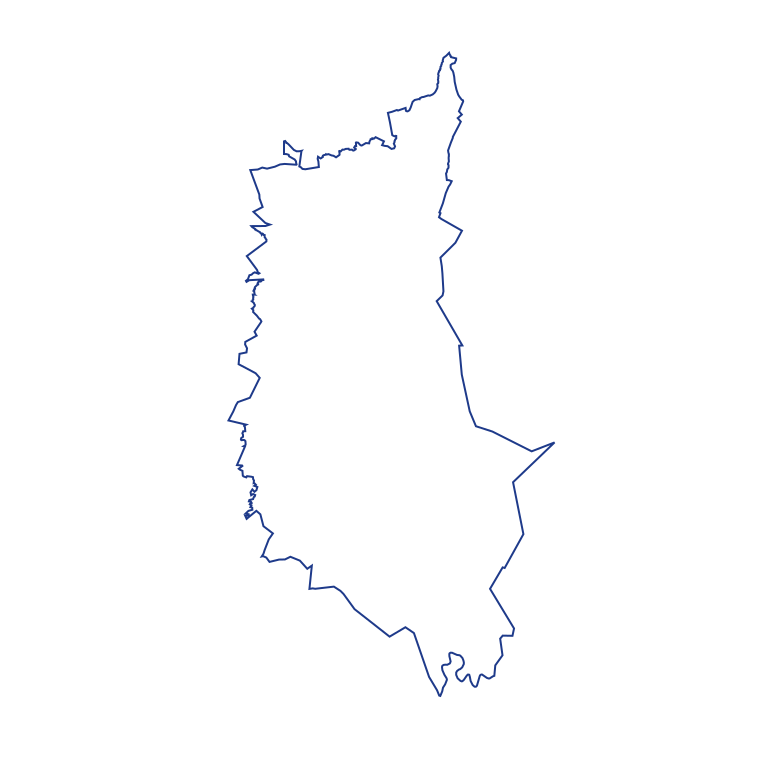 outline of Mochitlán, Guerrero, Mexico, rotated 351°
{"feature_id": "50627088B81925526964077", "entity_name": "Mochitlán", "entity_type": "district", "adm_level": 2, "iso_a3": "MEX", "parent_name": "Mexico", "parent_adm1": "Guerrero", "projection": "natural_earth1", "projection_center": [-99.379, 17.343], "detail": "fine", "context": "isolated", "style": "outline", "palette": "blue", "viewbox_px": 768, "rotation_deg": 351, "n_neighbors": 0, "source": "geoboundaries", "source_scale": "gbopen_adm2", "svg_char_len": 6122}
<svg xmlns="http://www.w3.org/2000/svg" viewBox="0 0 768 768"><g transform="rotate(351 384 384)"><path d="M506.2,73.7L501.4,71.7L501.5,71.1L500.9,70.5L501.0,69.8L500.4,68.9L500.1,67.1L496.9,69.5L493.8,71.1L492.6,73.6L492.7,74.6L491.3,76.0L491.0,77.3L490.4,77.9L490.3,78.8L489.4,79.6L489.1,81.6L488.4,81.9L488.3,83.0L487.2,83.6L486.9,84.8L486.4,85.3L485.9,86.7L486.2,87.9L485.5,89.6L485.4,90.8L484.9,91.6L485.0,93.6L484.7,94.3L484.8,94.7L484.6,95.3L483.5,96.2L483.5,98.3L482.9,100.1L480.7,103.1L479.5,104.3L477.4,105.6L474.4,106.4L472.8,105.9L467.9,106.7L466.5,106.6L464.2,107.3L463.7,108.3L463.0,108.0L458.7,108.3L456.4,109.8L453.6,115.1L451.9,117.6L450.0,118.4L449.4,118.3L448.4,117.6L448.5,114.7L440.6,116.1L439.6,115.4L434.5,116.4L430.3,116.8L430.8,126.4L431.1,139.5L432.1,140.3L433.5,141.1L434.5,141.0L435.0,140.1L434.5,143.4L433.2,144.4L432.7,145.5L432.3,145.8L432.3,146.5L432.0,147.2L431.3,148.1L432.1,151.0L430.9,152.8L428.2,153.0L424.8,149.7L421.9,148.9L419.5,147.8L421.9,144.3L414.3,138.9L412.7,140.0L411.0,139.5L410.9,140.3L409.1,140.1L408.8,140.8L407.6,142.2L407.0,144.0L403.8,143.2L399.6,144.9L398.8,144.9L397.9,144.2L396.2,141.6L394.3,141.0L394.0,141.2L393.7,144.7L392.5,144.5L391.5,145.8L392.9,147.5L392.7,147.8L390.6,148.7L389.7,148.4L389.0,147.5L386.7,147.3L386.2,147.0L385.9,146.1L382.9,145.8L381.2,146.3L379.6,146.0L377.6,147.5L376.6,146.9L376.2,147.0L376.1,150.1L375.8,150.8L372.1,152.6L369.9,150.7L367.9,150.0L365.2,148.3L363.1,148.4L362.6,147.9L362.0,148.4L360.0,148.6L359.3,149.0L359.1,150.2L358.4,150.3L357.7,151.0L356.6,151.3L354.4,149.2L353.7,151.2L354.0,154.0L353.6,159.5L339.9,159.6L337.1,158.8L335.8,156.9L334.4,155.9L338.9,141.0L339.1,140.8L337.2,140.9L334.1,140.5L331.6,138.7L327.2,132.3L325.9,130.8L325.3,130.7L325.2,130.0L324.4,128.5L323.2,128.7L321.2,141.2L323.7,141.7L325.7,142.7L325.9,144.3L330.9,148.3L331.9,150.3L331.8,151.8L332.0,153.5L331.7,153.7L320.3,151.1L315.7,150.9L310.2,152.3L302.2,153.0L297.6,151.2L292.9,152.4L285.4,151.8L290.5,177.4L290.1,181.3L291.8,190.2L282.0,193.5L292.0,206.4L296.3,208.7L291.6,209.4L277.7,207.3L278.3,208.3L280.5,210.3L280.9,211.2L281.3,211.1L281.8,212.1L282.2,212.2L284.3,214.0L285.1,214.4L285.5,215.5L286.4,216.4L286.5,216.9L286.9,216.2L287.5,216.4L288.1,217.0L288.2,217.9L289.4,218.2L289.1,220.5L289.7,221.2L289.8,222.0L290.5,223.0L290.1,224.8L268.5,236.2L275.4,249.4L276.5,251.6L276.8,253.8L278.2,255.1L277.3,255.5L273.8,253.5L272.0,254.1L270.3,255.3L268.1,255.5L266.0,259.2L263.8,260.5L264.2,261.6L267.2,260.4L281.1,261.8L281.1,262.4L279.7,262.4L278.6,263.4L277.5,263.5L276.9,263.0L276.1,263.3L274.9,264.7L274.8,265.1L275.4,265.7L275.3,266.0L274.4,266.2L271.7,268.1L271.4,268.6L271.6,269.6L271.3,270.0L270.8,269.9L269.7,271.5L270.4,271.8L270.2,272.7L270.3,274.5L269.9,275.3L270.1,275.5L268.4,275.2L268.4,276.5L268.7,277.6L268.1,278.6L268.2,279.7L268.0,280.2L267.2,280.7L267.1,281.9L266.7,281.9L268.1,283.5L268.1,284.0L268.8,285.7L268.5,286.7L266.9,288.0L266.8,288.4L265.3,288.9L266.5,290.7L266.0,292.4L269.1,296.6L270.9,299.9L271.8,300.6L272.7,303.0L272.0,303.9L264.3,312.1L265.8,316.3L253.6,320.7L253.0,323.2L254.3,327.3L253.1,331.3L246.0,331.6L243.5,341.7L258.9,353.3L262.2,358.5L249.4,376.6L236.8,379.0L234.6,381.6L230.8,387.6L224.7,395.7L241.5,402.6L239.6,403.2L239.8,403.5L239.4,404.0L239.9,404.7L239.6,408.9L237.5,408.7L237.2,409.5L236.4,410.4L236.8,412.1L236.5,414.1L234.6,415.0L234.1,416.0L234.0,416.6L234.4,417.2L236.8,417.3L237.5,417.7L238.2,418.8L237.9,422.0L237.3,422.9L235.7,423.5L236.9,424.0L226.1,441.1L231.1,442.3L231.3,442.8L227.3,445.0L228.3,446.1L230.6,447.6L230.2,452.5L230.8,453.3L233.4,454.7L234.3,453.6L238.4,454.8L240.0,455.5L239.9,457.7L240.5,458.9L239.8,461.4L240.2,461.3L241.7,463.5L240.0,464.3L242.8,465.9L241.4,468.9L239.2,470.2L237.5,467.5L235.2,470.1L235.4,473.1L237.5,472.2L239.4,473.5L238.7,474.9L237.7,475.3L236.7,477.2L232.9,477.5L232.2,478.8L234.2,479.5L234.7,480.8L233.1,481.3L232.6,481.9L234.1,483.1L232.8,484.7L234.5,485.5L234.3,487.6L230.3,488.1L227.1,490.3L230.0,491.5L229.8,492.5L226.9,492.7L226.3,492.4L227.2,495.7L238.1,489.3L241.5,493.4L242.7,505.6L250.9,514.2L245.9,519.4L240.1,529.4L238.4,532.8L236.3,535.2L237.6,535.1L240.6,537.0L243.1,541.8L252.9,541.0L258.7,541.8L264.5,540.0L273.3,545.3L279.3,554.5L284.3,552.1L278.3,574.7L281.6,574.7L284.0,575.5L302.8,576.3L308.6,581.5L311.2,585.1L319.7,601.8L350.0,634.4L367.1,627.6L374.6,634.7L382.7,680.4L388.5,694.8L389.8,700.4L390.8,700.9L393.4,696.7L394.8,693.1L397.4,690.2L399.8,686.1L399.9,685.4L399.7,684.2L398.2,680.7L396.9,675.8L397.0,672.8L397.2,672.1L397.6,671.4L398.9,670.8L400.5,670.8L402.5,671.2L405.1,670.4L405.7,669.8L406.4,668.4L406.0,663.1L406.3,660.8L406.7,660.2L407.8,659.8L409.2,660.1L413.7,663.0L416.1,663.7L416.9,664.3L418.6,666.9L419.2,669.6L419.3,671.6L419.0,673.1L416.9,676.1L414.7,677.5L413.5,677.7L411.4,678.8L410.2,680.2L409.8,682.6L410.7,686.2L413.1,689.2L414.4,689.9L415.1,689.7L416.6,688.7L420.2,684.9L421.4,684.1L422.3,684.3L422.7,684.5L423.0,686.8L423.1,690.9L424.5,695.2L425.9,696.9L426.5,697.3L427.6,697.3L428.6,696.5L432.6,688.0L433.2,686.9L433.9,686.4L434.6,686.2L435.4,686.3L439.8,690.5L441.5,691.3L442.3,691.3L446.0,689.7L447.3,689.5L449.9,679.3L458.6,670.5L458.9,653.7L461.9,651.1L471.5,652.8L474.2,645.8L456.7,602.9L472.5,583.7L474.4,584.6L498.2,554.1L496.1,501.2L543.3,468.4L519.3,473.6L483.6,447.9L468.2,440.1L464.4,424.4L462.3,386.9L464.2,357.9L467.4,358.2L449.0,310.4L455.7,305.7L457.2,301.8L459.0,283.8L459.5,276.6L459.5,268.0L476.6,255.7L485.0,244.8L466.6,230.1L464.4,227.9L466.5,224.1L465.5,223.3L470.4,214.8L474.9,205.1L478.7,199.1L480.5,197.3L482.6,194.3L479.9,192.8L478.0,192.4L478.2,185.8L479.2,184.5L480.1,181.9L481.4,180.7L481.6,180.2L482.0,177.9L481.6,177.2L481.7,176.4L482.9,174.3L483.1,171.6L483.4,169.8L483.8,169.0L483.8,167.8L484.1,167.2L483.8,165.8L483.8,163.4L487.9,155.9L490.5,151.6L490.6,150.8L500.9,136.9L498.4,132.9L503.0,130.1L500.7,126.4L506.4,117.3L506.4,116.2L505.2,115.4L503.3,111.8L502.5,109.8L501.6,104.6L501.1,96.6L501.4,91.6L501.2,87.2L500.8,85.3L499.9,83.9L499.3,82.0L499.7,79.4L501.6,78.3L504.0,78.1L505.9,75.2L506.2,73.7Z" fill="none" stroke="#1e3a8a" stroke-width="2"/></g></svg>